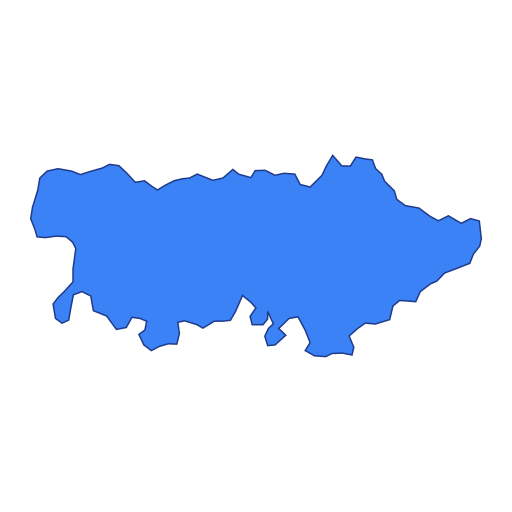 outline of Barra do Jacaré, Paraná, Brazil
{"feature_id": "56859067B98278959949499", "entity_name": "Barra do Jacaré", "entity_type": "district", "adm_level": 2, "iso_a3": "BRA", "parent_name": "Brazil", "parent_adm1": "Paraná", "projection": "albers", "projection_center": [-50.163, -23.108], "detail": "fine", "context": "isolated", "style": "filled", "palette": "blue", "viewbox_px": 512, "rotation_deg": 0, "n_neighbors": 0, "source": "geoboundaries", "source_scale": "gbopen_adm2", "svg_char_len": 1829}
<svg xmlns="http://www.w3.org/2000/svg" viewBox="0 0 512 512"><path d="M37.1,236.9L45.5,237.6L56.2,236.1L66.1,236.7L72.6,242.2L75.8,248.4L73.0,269.0L73.0,281.9L64.1,291.7L58.1,297.5L53.1,304.0L55.5,318.4L62.0,323.2L68.7,320.1L70.9,307.5L73.4,294.8L81.9,291.6L90.8,296.0L93.4,310.7L99.5,313.1L106.7,316.1L116.4,329.4L126.3,327.5L132.0,317.3L140.2,318.5L146.7,321.2L144.9,330.0L138.9,334.4L143.8,344.9L151.3,350.6L159.3,346.4L168.2,343.8L176.8,344.1L179.4,333.5L177.8,322.3L184.6,320.8L196.8,324.6L202.9,328.1L214.3,321.2L223.3,321.1L230.4,320.3L235.4,311.8L242.5,295.5L250.7,302.1L255.9,307.9L250.1,316.4L252.2,324.7L263.0,324.7L267.6,319.1L267.7,311.4L273.3,323.8L268.4,328.5L264.8,336.2L267.7,345.6L275.1,344.9L285.8,335.2L278.7,328.5L289.0,318.5L298.0,316.8L305.2,330.2L310.1,342.6L305.2,350.6L314.5,355.8L325.8,356.6L331.9,353.5L342.4,353.1L352.0,355.0L353.8,347.3L349.1,336.0L358.0,328.2L365.3,323.1L375.3,324.0L389.7,319.6L392.9,306.0L399.6,300.5L407.5,301.0L415.7,301.7L420.3,291.6L430.4,283.9L436.8,281.1L444.6,273.0L457.8,268.0L469.8,263.3L473.3,254.3L479.7,246.1L481.3,238.7L479.3,221.0L470.6,218.6L461.2,223.3L448.4,215.8L438.4,220.8L430.0,216.3L419.0,208.1L405.3,205.6L396.8,199.4L394.3,190.9L384.6,181.2L381.8,174.3L375.6,168.6L372.4,159.9L365.0,158.9L356.0,157.1L350.3,166.1L341.8,165.9L332.7,155.4L326.3,166.1L322.0,175.3L310.2,187.0L300.2,184.5L294.8,174.1L284.0,173.3L275.1,175.3L265.1,170.3L255.2,170.6L250.9,177.6L238.7,174.2L232.9,169.4L223.0,178.0L212.9,180.3L206.1,177.6L197.2,174.1L189.6,178.0L182.1,178.8L174.2,180.7L165.7,185.0L157.4,190.0L151.7,186.2L144.5,180.8L135.3,182.3L126.6,173.0L118.8,165.6L109.5,164.4L102.4,168.0L89.0,171.8L80.5,174.6L71.5,171.1L58.0,168.7L47.1,171.1L39.8,178.1L37.8,190.0L32.5,207.3L30.7,218.8L34.8,229.0L37.1,236.9Z" fill="#3b82f6" stroke="#1e3a8a" stroke-width="1.5"/></svg>